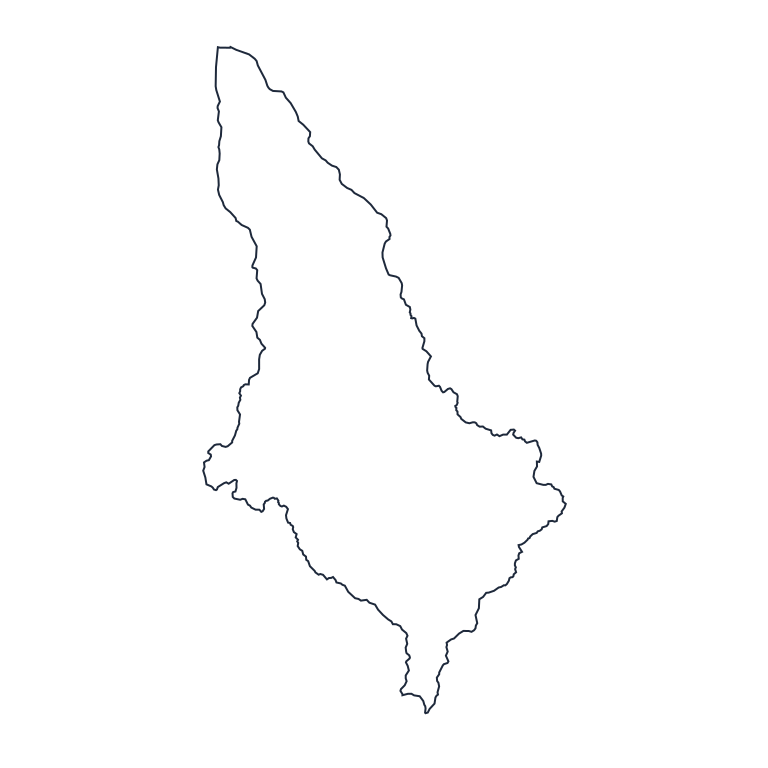 Villahermosa, Tolima, Colombia (orthographic projection), rotated 94°
{"feature_id": "7082276B2838596576058", "entity_name": "Villahermosa", "entity_type": "district", "adm_level": 2, "iso_a3": "COL", "parent_name": "Colombia", "parent_adm1": "Tolima", "projection": "orthographic", "projection_center": [-75.108, 4.977], "detail": "fine", "context": "isolated", "style": "outline", "palette": "slate", "viewbox_px": 768, "rotation_deg": 94, "n_neighbors": 0, "source": "geoboundaries", "source_scale": "gbopen_adm2", "svg_char_len": 6147}
<svg xmlns="http://www.w3.org/2000/svg" viewBox="0 0 768 768"><g transform="rotate(94 384 384)"><path d="M59.6,573.2L79.6,573.7L98.7,572.7L102.5,571.8L113.7,567.4L118.4,569.3L120.3,569.3L123.6,567.7L132.5,568.2L134.5,567.3L139.2,564.1L148.2,564.0L153.3,565.2L157.3,565.2L159.2,565.7L161.5,564.7L165.6,564.0L172.2,563.9L176.5,565.5L181.6,565.7L190.5,563.5L197.3,562.7L201.7,563.2L206.9,561.6L213.9,557.4L216.8,556.4L219.9,554.2L223.3,549.3L228.8,543.6L231.7,542.7L232.2,541.2L235.3,537.1L237.7,530.6L239.4,528.6L246.4,526.4L255.5,520.6L266.7,520.5L274.9,523.5L276.6,523.5L277.1,523.1L277.7,519.9L279.3,518.4L287.5,518.5L289.7,517.3L292.8,514.1L302.6,512.0L307.7,508.9L311.0,508.2L313.8,508.9L320.0,514.6L326.7,515.3L333.2,519.3L335.3,519.4L341.0,514.9L346.6,513.6L348.6,510.9L352.3,509.1L356.2,505.1L357.1,505.2L359.4,507.9L363.5,509.9L368.1,510.3L377.8,509.6L382.1,510.7L387.2,518.1L389.3,518.9L393.9,518.9L394.0,522.3L394.9,523.8L396.0,524.2L397.4,526.4L399.3,527.1L401.4,527.0L403.2,527.7L405.6,525.9L407.6,526.8L409.8,526.2L412.8,527.6L415.9,527.9L417.5,528.7L420.4,528.4L424.4,525.5L431.9,526.0L433.7,525.6L437.8,527.1L439.5,527.2L440.8,528.1L445.7,529.1L451.3,531.5L452.9,531.4L457.0,535.6L457.8,537.6L457.1,541.4L455.5,543.0L456.0,546.8L456.8,548.9L463.5,554.6L465.1,554.5L466.5,551.9L468.3,551.5L472.2,553.4L472.9,555.7L474.8,558.1L479.3,557.2L483.1,558.3L489.7,555.7L496.5,554.1L498.2,549.1L499.3,547.6L501.1,546.3L501.6,544.2L500.9,543.3L498.4,542.6L494.1,536.7L493.1,534.5L494.3,532.0L490.2,526.7L490.0,525.1L491.0,523.9L493.4,524.3L497.9,523.9L501.6,524.7L502.3,526.9L503.6,527.5L507.2,527.0L508.7,525.3L509.5,519.4L508.4,517.0L508.7,514.3L513.8,511.3L514.7,509.2L516.5,507.8L518.3,503.4L518.1,499.5L520.1,497.5L519.4,496.2L517.0,494.9L512.5,495.6L511.2,494.7L509.8,494.5L508.7,493.4L508.4,491.9L506.4,489.7L505.1,486.9L505.2,486.0L506.1,485.0L505.6,482.9L507.8,481.2L509.2,481.4L510.0,480.6L511.3,480.5L512.9,478.8L513.3,477.3L512.3,475.4L513.3,473.0L515.5,471.1L521.7,472.6L524.9,472.0L529.0,470.0L529.2,468.0L530.9,467.3L532.0,465.1L533.1,464.6L535.2,464.9L538.0,463.6L539.8,460.7L543.2,461.4L545.4,458.9L547.1,459.6L548.5,458.5L551.7,458.8L554.8,456.4L556.1,453.9L559.7,452.7L561.6,449.8L564.8,449.3L566.0,447.3L570.9,445.2L575.3,440.1L576.7,439.3L578.8,435.9L578.0,434.3L578.6,431.5L582.9,427.3L581.4,425.4L581.1,423.1L580.1,421.4L583.0,418.6L585.3,417.6L586.0,413.1L587.2,411.5L587.9,409.0L593.8,405.2L599.7,397.9L600.2,394.4L601.7,391.9L600.5,386.2L603.2,383.3L604.7,377.5L609.5,374.2L614.4,369.0L618.5,363.5L620.3,360.1L623.0,358.4L622.8,355.0L624.4,350.9L627.7,348.9L630.9,344.4L633.5,343.0L636.5,344.2L641.6,342.7L645.4,344.0L649.6,343.2L651.0,342.7L652.9,339.9L654.9,339.1L656.0,339.3L659.1,342.4L660.2,342.7L663.5,340.7L668.1,339.2L673.2,342.0L676.1,341.8L678.9,340.7L683.1,342.3L687.2,345.8L689.0,346.2L692.0,344.0L693.2,343.9L691.4,338.6L691.1,335.0L692.5,332.3L693.0,326.6L697.5,322.7L701.2,321.4L702.5,320.4L704.7,319.9L709.0,320.1L709.5,319.6L708.7,317.4L704.9,315.8L699.3,311.3L693.1,310.8L691.2,309.8L690.1,308.5L687.8,309.1L681.8,307.9L678.2,308.9L676.5,310.3L673.2,310.8L669.7,308.7L667.9,308.8L660.6,305.7L659.3,304.7L657.9,301.2L656.2,300.4L650.7,303.3L646.5,301.8L642.1,303.4L640.0,302.9L637.6,303.5L634.1,299.2L633.0,296.4L627.7,291.7L624.8,287.6L624.5,282.2L625.1,279.4L623.4,277.0L621.4,275.7L618.5,275.5L616.1,274.3L608.1,276.6L601.1,273.7L592.1,273.9L589.5,270.3L585.2,267.5L584.8,265.0L582.6,259.8L579.0,255.4L578.3,253.0L576.4,250.4L576.4,248.9L575.0,247.5L571.5,245.7L569.0,245.3L568.1,244.2L567.7,242.3L566.7,241.5L564.8,241.3L562.6,239.1L559.5,240.3L557.7,239.7L555.8,240.8L553.7,240.9L550.8,240.1L549.0,237.4L545.7,237.9L543.4,237.3L541.8,234.6L537.2,238.0L535.3,238.5L534.5,235.7L532.5,232.8L529.3,229.9L528.1,229.5L527.6,228.1L525.9,227.5L523.4,225.2L521.9,221.3L520.3,220.4L519.5,218.3L518.0,216.6L516.0,216.1L514.4,211.9L512.3,210.4L509.5,210.3L508.8,206.6L509.4,204.1L508.6,202.1L504.7,201.8L503.2,200.7L500.6,197.5L498.7,197.9L494.8,195.4L490.9,194.3L488.6,197.5L485.2,197.8L483.7,197.3L482.8,198.9L478.9,200.9L477.5,202.3L476.6,206.7L475.0,207.6L474.4,209.1L472.5,210.1L472.2,213.5L473.3,215.5L473.5,218.1L472.3,224.8L466.2,228.4L460.2,227.9L455.6,225.6L450.7,226.1L450.9,223.7L444.5,222.2L442.5,222.4L436.9,224.7L434.0,226.5L431.5,226.9L430.0,228.2L429.8,229.6L432.7,237.4L431.4,239.3L429.7,240.1L429.6,242.0L427.7,243.5L428.7,246.3L428.4,248.4L425.5,251.6L423.6,251.3L421.4,250.0L420.4,251.3L420.9,254.5L425.9,257.9L426.2,261.7L428.0,265.2L426.5,267.8L427.8,270.1L427.2,271.9L425.7,273.3L422.8,273.9L421.5,279.5L419.5,282.4L419.9,285.6L418.5,288.2L416.7,289.2L415.9,290.8L416.0,292.7L417.2,296.1L416.6,299.8L413.4,304.5L411.6,305.4L409.2,308.5L406.3,308.8L405.1,310.1L402.8,310.1L402.4,310.8L401.0,311.4L399.9,310.0L397.6,309.2L396.7,309.7L391.0,309.6L389.1,310.5L387.4,314.1L384.4,316.4L383.7,317.8L384.5,319.9L387.8,323.3L388.2,324.5L386.7,326.1L383.0,327.9L381.9,329.1L382.7,332.1L382.2,333.5L376.4,339.5L372.6,339.5L369.7,341.3L367.5,341.9L361.2,341.9L358.9,341.6L353.2,339.1L348.4,344.0L346.3,347.9L345.4,348.2L338.5,346.7L335.5,346.9L333.7,349.5L331.1,350.1L328.5,352.5L323.3,355.6L316.6,357.3L316.0,358.8L316.6,360.4L316.4,361.5L314.4,361.3L313.2,362.4L311.7,362.5L310.8,363.3L307.9,362.9L305.4,363.6L303.4,367.7L298.2,370.0L297.3,372.4L296.3,373.3L293.5,373.7L290.9,373.0L284.4,372.8L282.1,373.4L277.1,376.8L276.0,379.5L275.1,385.6L274.5,387.0L268.4,390.1L257.8,394.2L252.9,394.7L243.9,393.1L241.7,392.0L239.0,388.6L236.9,388.8L235.4,387.9L233.8,388.2L228.6,390.7L226.9,392.5L220.7,392.4L218.4,393.4L214.8,398.5L213.6,402.8L205.9,409.7L199.9,417.1L195.6,426.8L192.6,430.0L191.0,434.5L187.3,440.1L183.4,442.5L178.0,442.6L173.4,444.0L170.9,446.7L169.8,451.1L167.2,455.6L165.0,457.8L163.2,461.7L155.0,469.5L151.8,471.7L149.2,475.6L147.4,476.4L144.2,476.5L142.0,475.2L137.9,475.2L131.0,482.6L127.6,487.5L123.2,488.7L118.8,490.9L110.3,496.7L105.2,501.9L100.1,504.7L99.3,506.7L99.4,515.2L97.8,518.6L96.4,520.0L94.6,521.2L88.9,523.5L75.0,532.1L70.7,533.6L68.6,535.6L64.6,541.6L61.0,554.6L58.5,560.7L59.3,561.0L59.9,571.2L59.6,573.2Z" fill="none" stroke="#1e293b" stroke-width="2"/></g></svg>